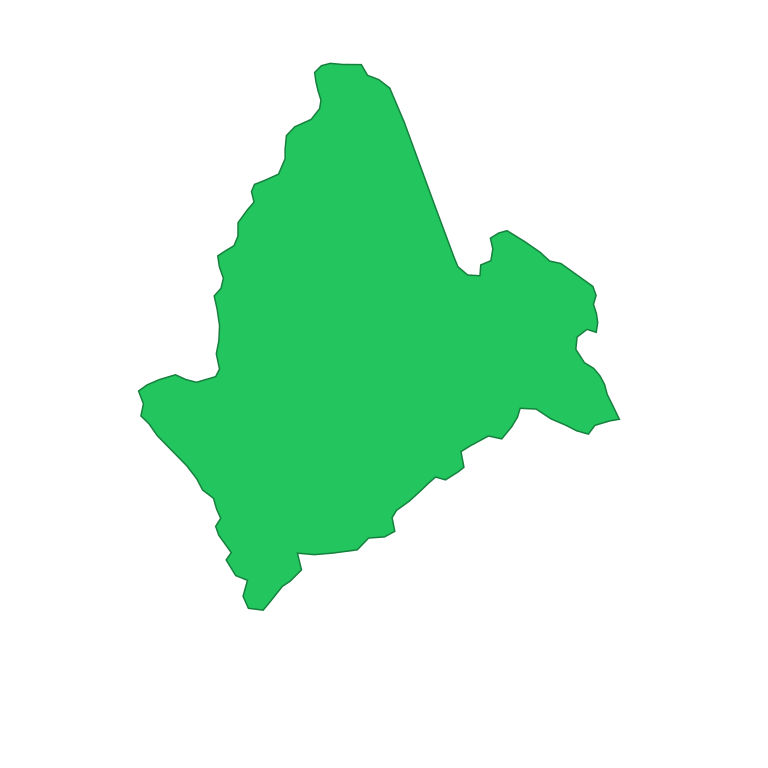 Pedra Bela, São Paulo, Brazil, rotated 121°
{"feature_id": "56859067B20014671939660", "entity_name": "Pedra Bela", "entity_type": "district", "adm_level": 2, "iso_a3": "BRA", "parent_name": "Brazil", "parent_adm1": "São Paulo", "projection": "equal_earth", "projection_center": [-46.441, -22.765], "detail": "fine", "context": "isolated", "style": "filled", "palette": "green", "viewbox_px": 768, "rotation_deg": 121, "n_neighbors": 0, "source": "geoboundaries", "source_scale": "gbopen_adm2", "svg_char_len": 1731}
<svg xmlns="http://www.w3.org/2000/svg" viewBox="0 0 768 768"><g transform="rotate(121 384 384)"><path d="M646.1,384.7L640.1,371.1L630.3,369.6L609.9,366.9L601.1,362.8L585.8,359.0L573.6,371.1L566.2,355.9L555.3,340.8L539.9,321.5L524.0,317.9L514.8,304.8L504.7,298.9L494.4,308.2L485.9,308.2L471.4,302.0L456.7,297.6L447.0,295.0L437.2,291.9L434.5,281.9L421.4,275.3L414.2,272.6L402.3,283.2L392.4,278.1L374.8,267.7L370.4,254.8L354.6,252.5L343.7,252.5L334.7,254.8L327.1,240.6L327.9,222.8L325.8,207.5L324.9,194.8L321.7,183.0L310.8,181.9L299.4,171.5L293.0,164.1L283.6,178.5L277.9,187.4L270.7,194.8L265.8,203.1L262.6,212.4L262.5,223.2L255.5,237.4L244.3,242.7L232.6,238.1L230.4,228.7L221.2,232.5L214.3,238.1L207.8,245.5L198.9,247.8L192.8,255.2L189.6,294.4L193.3,305.4L190.7,317.9L189.5,336.4L189.2,357.5L195.6,363.5L204.2,367.9L212.2,360.3L223.3,355.9L232.1,362.4L241.8,357.5L247.5,368.4L245.4,381.1L239.1,389.5L206.5,430.4L149.1,501.6L127.4,531.5L125.8,545.2L127.9,557.1L121.9,567.9L131.5,584.2L136.8,595.2L143.4,601.6L152.7,603.9L160.0,598.0L166.8,591.4L173.2,584.2L181.1,581.0L194.7,582.7L209.4,592.9L221.3,595.6L233.7,589.7L241.8,584.8L258.4,582.5L271.0,591.2L279.6,597.8L287.3,596.7L295.0,589.1L305.1,590.8L320.9,592.2L332.6,585.3L342.7,583.8L351.7,588.6L359.8,592.5L368.3,585.5L376.1,576.1L385.9,573.0L396.0,574.9L406.1,565.3L418.7,555.0L432.0,547.8L444.5,543.3L455.9,532.7L464.4,532.1L479.1,545.6L482.2,556.0L483.5,567.5L496.0,578.9L506.6,586.5L516.4,590.8L524.9,580.0L536.6,575.9L539.1,565.1L545.1,551.6L555.7,510.9L561.7,495.7L568.3,484.9L569.8,471.3L577.5,463.0L583.2,454.8L592.7,455.0L598.7,447.8L607.2,428.1L616.1,428.7L624.6,412.4L622.6,399.9L638.5,395.5L646.1,384.7Z" fill="#22c55e" stroke="#15803d" stroke-width="1.5"/></g></svg>